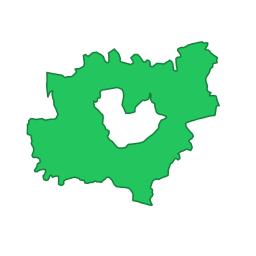 outline of Shibin al-Kum, Al Minufiyah, Egypt, rotated 260°
{"feature_id": "37247803B79022336260348", "entity_name": "Shibin al-Kum", "entity_type": "district", "adm_level": 2, "iso_a3": "EGY", "parent_name": "Egypt", "parent_adm1": "Al Minufiyah", "projection": "albers", "projection_center": [31.013, 30.561], "detail": "fine", "context": "isolated", "style": "filled", "palette": "green", "viewbox_px": 256, "rotation_deg": 260, "n_neighbors": 0, "source": "geoboundaries", "source_scale": "gbopen_adm2", "svg_char_len": 5903}
<svg xmlns="http://www.w3.org/2000/svg" viewBox="0 0 256 256"><g transform="rotate(260 128 128)"><path d="M199.9,216.0L200.0,213.0L199.8,210.7L199.7,207.8L199.7,205.7L199.3,203.1L199.1,201.3L197.9,198.7L197.4,197.1L198.0,195.3L197.8,192.7L197.1,190.9L195.8,190.3L193.7,191.3L192.3,192.0L191.3,192.5L189.0,192.2L188.8,190.6L189.1,189.1L188.3,187.5L187.6,187.2L181.1,186.5L178.5,186.7L176.4,186.4L175.7,185.9L175.7,185.1L176.8,183.3L177.0,183.0L183.3,183.2L185.9,182.5L187.0,181.5L187.5,180.7L186.8,179.7L185.6,176.3L184.8,174.9L185.0,173.2L185.2,172.7L185.5,172.2L186.3,169.0L186.6,167.5L186.1,166.7L184.1,163.0L185.0,160.7L185.5,160.4L187.1,161.0L189.4,161.0L190.2,160.8L191.0,159.8L191.6,158.5L191.1,158.0L189.8,156.1L190.1,155.1L191.4,154.1L193.3,153.4L194.6,152.6L195.4,152.4L198.6,150.4L199.2,147.0L196.7,143.1L194.6,143.8L193.3,144.5L191.2,144.5L190.5,143.4L190.5,142.6L190.0,141.6L190.1,141.0L190.8,140.1L194.4,132.4L196.3,131.9L197.8,132.5L202.0,131.8L202.8,131.6L208.1,128.3L205.1,121.8L203.3,121.7L200.2,121.4L196.3,120.7L195.9,119.4L196.4,118.1L198.0,116.9L199.9,116.5L202.5,116.2L205.4,113.7L205.9,112.7L208.1,110.2L208.2,106.3L207.0,103.9L206.2,103.1L205.8,101.5L205.5,101.3L206.3,100.0L207.7,99.0L207.4,97.4L206.9,96.6L200.5,96.4L198.7,96.1L197.9,95.8L196.9,95.3L195.9,93.7L194.9,90.3L195.3,87.5L195.1,86.2L192.2,87.1L190.7,85.3L188.7,82.1L188.5,81.0L188.5,80.0L189.1,77.2L188.6,75.6L188.9,74.3L191.3,72.3L194.6,63.3L196.7,57.8L189.1,56.7L184.2,55.3L172.1,54.4L173.2,54.9L176.7,57.1L177.7,60.0L177.2,60.2L176.4,60.2L175.4,59.4L173.6,59.1L169.7,59.2L168.1,59.7L163.4,59.1L158.7,60.5L153.5,61.4L149.9,58.7L149.7,57.9L149.5,56.3L149.8,55.0L150.1,53.5L150.0,49.1L150.3,47.3L151.9,45.5L152.2,44.2L152.3,39.3L153.8,35.2L154.1,33.9L153.3,32.8L152.3,31.5L151.0,31.4L148.7,30.3L148.9,29.6L146.9,29.3L144.1,28.7L141.8,28.3L140.2,27.8L138.9,28.5L138.1,30.6L137.5,31.1L133.9,31.0L132.1,31.2L131.3,30.9L129.8,30.1L128.2,30.3L125.6,31.3L124.0,31.5L121.7,31.1L120.4,30.3L118.6,29.2L117.6,28.7L116.0,29.2L115.2,30.2L115.1,32.8L112.7,35.8L109.6,35.5L108.4,32.6L105.6,31.5L103.8,29.9L103.3,29.1L102.3,28.5L101.2,29.0L100.7,30.8L101.4,32.4L101.9,34.0L102.0,37.3L101.4,39.4L99.4,39.4L96.3,37.2L95.6,36.1L92.4,36.0L91.4,36.8L90.5,38.6L90.8,40.2L92.3,41.5L94.6,42.9L94.8,44.2L93.7,44.7L92.7,44.9L93.1,48.5L93.1,49.6L92.8,50.6L91.7,51.1L89.4,50.8L86.0,50.1L84.7,49.9L83.4,51.6L83.1,53.4L84.1,55.0L85.9,55.3L86.9,55.6L87.9,57.5L88.3,59.6L88.3,61.6L88.9,66.3L88.6,67.6L88.1,68.4L87.5,69.7L87.2,70.7L85.4,71.7L84.6,73.2L84.0,75.8L82.9,75.8L81.3,76.2L80.5,78.6L80.9,80.9L80.6,83.5L80.6,84.3L80.8,84.8L81.3,85.6L81.6,86.4L81.3,86.6L81.0,87.1L80.4,87.9L79.9,90.5L79.3,91.8L79.5,93.1L80.5,94.1L81.8,96.8L82.8,97.8L83.2,99.2L83.0,99.9L82.4,100.9L81.3,102.0L79.0,103.4L76.9,103.9L74.8,104.6L72.4,106.3L70.7,111.5L70.3,113.3L69.8,115.4L68.4,118.5L67.6,119.2L64.7,120.7L62.6,121.4L61.5,121.4L58.4,120.8L56.1,120.2L55.6,120.5L54.2,124.3L51.4,129.4L50.6,131.5L48.9,134.8L48.4,135.8L47.8,137.4L48.0,138.4L48.5,138.4L49.3,137.9L52.7,137.3L53.0,137.0L53.5,136.8L54.5,137.8L55.2,137.9L56.9,140.2L58.7,141.1L60.0,140.6L61.8,141.2L63.4,141.2L65.0,139.7L66.0,140.0L68.3,141.3L70.1,142.2L71.6,143.2L72.6,145.3L72.8,146.9L72.0,149.2L73.4,153.7L73.6,156.0L74.3,159.1L76.3,159.7L80.2,160.6L82.2,161.9L84.0,162.8L85.3,163.6L86.0,165.4L89.6,168.9L89.8,169.7L89.2,170.7L87.9,171.7L88.9,173.8L92.8,173.9L94.1,172.6L95.6,175.8L96.0,178.7L96.7,181.0L96.9,182.3L95.0,185.9L97.5,187.8L99.9,187.6L101.5,187.4L104.4,185.6L105.4,186.2L106.6,189.1L108.4,190.9L110.7,190.5L112.6,189.2L113.6,188.5L115.5,187.5L117.1,186.5L119.2,185.5L122.0,185.4L123.0,186.7L123.5,188.2L123.9,191.9L124.3,195.3L124.8,198.1L124.9,201.5L125.1,205.4L125.5,208.3L125.6,212.9L125.3,215.5L126.5,216.3L133.7,218.6L134.5,219.9L134.3,221.6L136.0,221.3L138.4,220.8L139.4,220.6L141.5,220.4L143.0,220.4L144.1,220.2L144.9,218.7L145.7,214.0L146.4,214.0L148.3,215.7L149.9,213.5L150.3,213.1L151.9,212.6L153.4,212.7L154.4,213.2L155.7,213.5L157.0,213.3L159.9,212.9L162.2,212.9L164.0,213.7L165.8,215.1L168.3,217.5L169.6,218.3L171.1,218.9L171.7,218.9L173.4,222.0L176.2,222.6L176.7,223.7L176.9,227.1L179.5,227.1L180.2,227.4L181.5,228.2L182.0,228.0L182.8,227.2L184.4,225.5L186.8,223.2L187.9,222.4L189.7,221.7L190.8,220.7L191.4,218.4L192.0,217.6L194.0,219.0L195.2,220.3L196.8,221.1L197.8,221.2L198.1,220.7L198.5,217.3L199.5,216.0L199.9,216.0ZM162.5,105.5L163.3,106.0L165.4,106.6L168.0,106.4L168.5,106.9L169.0,107.7L169.5,108.0L169.9,109.3L169.8,112.9L169.8,121.7L169.8,124.1L169.2,125.6L168.4,126.9L167.0,128.7L165.2,129.4L163.9,129.6L161.8,129.5L160.2,129.2L158.2,128.7L152.5,126.4L151.5,126.2L150.2,126.6L148.1,127.4L146.0,127.8L143.7,128.3L142.9,128.5L142.6,130.3L142.2,132.4L142.4,133.9L142.4,135.7L142.8,137.6L143.4,137.8L145.4,137.9L147.5,139.3L148.5,140.6L151.4,145.1L152.2,146.1L152.4,146.7L152.7,147.7L152.1,149.0L152.3,150.8L152.8,152.6L153.5,153.7L155.1,154.5L157.1,155.3L158.3,155.5L157.9,156.1L157.3,156.4L156.3,156.4L153.7,155.5L152.7,155.2L149.3,156.2L148.2,157.4L148.1,158.0L147.1,158.4L143.0,158.3L139.3,158.7L138.3,159.0L137.0,160.0L135.9,161.5L135.3,163.5L134.7,164.8L133.7,166.3L132.9,167.1L132.2,167.9L131.3,167.3L130.3,165.0L130.1,163.4L129.9,162.1L126.6,159.4L125.3,158.9L124.5,158.6L123.5,158.3L122.2,157.7L121.6,157.0L121.0,156.1L118.0,152.2L117.2,150.9L116.3,148.8L115.5,147.4L114.8,145.9L114.1,144.8L113.1,143.2L111.6,140.6L111.2,136.7L111.4,130.7L111.6,127.3L111.8,126.6L111.6,125.3L110.9,124.2L110.7,123.8L109.8,123.3L109.5,122.9L109.1,119.8L109.7,115.9L110.6,114.4L111.1,113.9L117.7,109.9L119.3,108.1L120.4,107.4L121.2,106.9L122.5,106.4L123.3,106.4L125.1,107.8L126.6,108.6L128.4,108.7L129.5,107.4L130.6,105.9L133.7,105.4L136.6,103.7L142.0,105.2L145.1,105.5L147.3,103.7L149.9,102.3L154.7,98.5L159.9,98.7L160.4,99.2L160.1,99.7L159.0,100.7L159.8,102.5L161.3,102.8L162.1,103.1L162.6,103.9L162.5,105.5Z" fill="#22c55e" stroke="#15803d" stroke-width="1.5"/></g></svg>